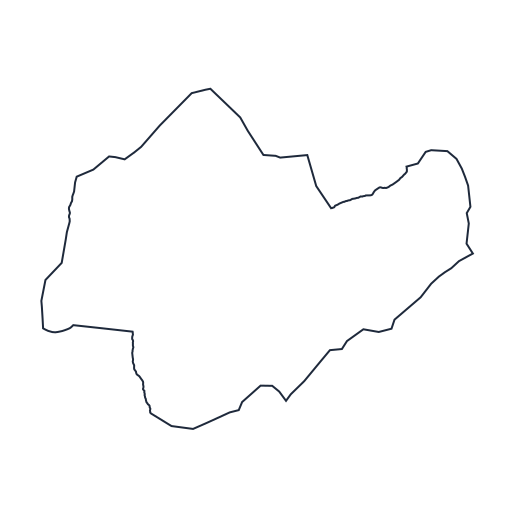 Manxan, Hovd, Mongolia, rotated 267°
{"feature_id": "93677404B19560479814297", "entity_name": "Manxan", "entity_type": "district", "adm_level": 2, "iso_a3": "MNG", "parent_name": "Mongolia", "parent_adm1": "Hovd", "projection": "mercator", "projection_center": [92.211, 47.361], "detail": "fine", "context": "isolated", "style": "outline", "palette": "slate", "viewbox_px": 512, "rotation_deg": 267, "n_neighbors": 0, "source": "geoboundaries", "source_scale": "gbopen_adm2", "svg_char_len": 3691}
<svg xmlns="http://www.w3.org/2000/svg" viewBox="0 0 512 512"><g transform="rotate(267 256 256)"><path d="M104.1,143.1L90.6,162.7L86.6,184.1L92.1,198.6L101.2,221.6L103.0,230.7L110.9,234.5L126.3,253.8L125.5,265.4L119.4,272.1L109.8,278.4L116.1,283.5L128.5,297.6L147.0,314.6L158.1,324.9L158.6,336.9L166.3,342.4L177.2,359.4L173.7,374.6L176.3,387.5L185.2,391.0L206.2,418.3L219.2,429.5L225.9,437.6L230.1,444.1L233.6,450.4L240.3,458.5L244.3,466.8L247.1,472.7L257.3,466.9L277.3,470.2L287.8,468.7L293.9,472.7L315.2,471.5L324.1,468.9L332.5,466.1L342.5,461.3L350.7,452.6L352.5,436.5L351.1,430.9L343.0,424.8L339.9,422.5L337.4,411.0L336.6,411.2L336.2,411.1L335.6,411.1L335.3,411.1L334.8,411.2L334.2,411.2L332.7,411.1L332.3,411.0L332.2,410.9L332.0,410.7L331.8,410.6L331.3,410.1L330.8,409.7L330.1,409.0L329.6,408.2L327.4,406.1L326.2,404.2L324.6,402.9L322.7,400.1L320.3,396.3L320.0,395.7L319.7,394.8L319.0,393.4L318.2,392.4L317.6,391.1L317.1,389.5L317.2,388.8L317.4,388.0L317.2,387.4L317.3,386.5L317.4,385.7L317.7,385.0L318.0,384.2L318.1,383.5L317.9,382.7L317.2,381.5L315.4,378.5L314.9,378.0L313.4,376.8L312.2,376.1L311.2,375.3L310.8,374.5L310.6,373.5L310.6,372.1L310.7,370.8L310.7,370.0L310.7,369.5L310.7,368.7L310.3,368.0L310.2,367.2L310.1,366.0L309.8,365.3L310.0,363.6L309.8,363.2L309.2,362.0L308.8,361.2L308.7,359.5L308.3,358.3L308.1,356.5L308.0,355.1L307.6,354.4L307.1,353.4L306.8,352.8L306.7,351.4L306.6,350.8L306.3,350.2L306.2,349.2L306.0,348.1L305.5,347.2L305.5,346.2L305.2,345.3L304.6,343.7L304.0,342.0L303.3,340.8L302.9,340.0L302.5,338.8L302.1,337.7L301.8,337.4L301.1,337.0L300.7,336.7L300.4,336.2L300.3,335.6L300.1,335.0L299.9,334.5L300.0,334.0L299.8,333.5L322.7,319.8L354.1,312.5L353.0,285.3L355.0,280.9L356.5,268.7L381.5,254.3L395.2,247.5L425.4,219.2L424.7,214.3L422.0,200.3L391.4,166.8L371.0,147.0L366.0,140.1L359.4,129.9L362.1,120.7L363.1,114.5L350.8,98.1L344.6,81.1L339.0,79.2L329.9,77.7L329.4,77.5L327.9,76.9L326.4,76.2L324.7,75.6L322.2,75.5L320.3,75.1L318.6,74.0L316.7,73.3L315.5,72.5L314.6,71.9L313.5,71.7L312.4,71.7L310.7,72.0L309.2,72.4L308.1,72.3L306.4,71.5L305.3,71.3L304.4,71.3L303.0,71.8L300.4,71.8L298.6,71.3L289.8,68.4L282.1,66.8L259.3,61.6L243.1,44.5L222.4,39.3L216.5,39.5L204.6,39.6L194.9,39.6L193.6,41.7L192.1,44.5L190.7,48.6L190.3,51.5L190.5,54.0L190.9,56.6L191.2,58.5L191.9,61.1L192.8,64.0L193.6,66.1L194.3,67.3L195.2,68.4L196.5,69.9L194.7,81.1L191.8,99.0L186.9,128.8L186.4,128.9L185.8,128.9L184.9,128.9L184.0,129.0L183.4,128.8L182.5,128.4L181.5,128.1L180.9,128.1L180.0,128.0L179.5,128.0L178.7,128.5L178.3,128.6L177.7,128.8L177.2,128.8L176.3,128.5L175.7,128.5L174.8,128.5L173.7,128.4L172.6,128.4L172.1,128.6L171.6,128.7L171.0,128.7L170.6,128.5L169.8,128.2L168.2,127.8L167.0,127.7L166.2,127.4L165.5,127.3L164.3,127.4L163.4,127.4L162.7,127.5L161.9,127.5L160.8,127.6L159.6,127.8L159.1,127.8L158.3,127.7L157.0,127.4L155.9,127.6L155.4,127.7L154.7,128.0L153.3,128.6L151.9,128.5L150.7,128.4L149.9,128.4L149.0,128.6L147.9,129.4L146.8,130.1L145.6,130.2L144.3,130.6L143.7,131.1L142.3,132.9L141.7,133.4L139.1,135.0L137.8,135.9L136.4,136.6L135.3,136.7L133.8,136.5L132.9,136.6L131.8,136.8L130.7,136.7L129.9,136.5L129.2,136.2L128.9,136.2L128.4,136.5L127.8,136.9L127.1,137.5L126.3,137.4L125.7,137.3L125.0,137.5L124.4,137.6L123.8,137.7L123.4,137.5L123.0,137.5L122.5,137.5L121.9,137.7L121.4,137.8L120.8,137.8L120.4,137.9L119.8,138.1L118.9,138.5L118.0,138.5L117.3,138.6L116.7,138.8L116.1,138.9L115.7,139.0L114.7,139.7L114.5,139.9L114.0,140.1L113.6,140.3L112.8,141.3L112.1,141.8L111.6,141.9L110.6,141.9L110.2,142.0L109.8,142.2L108.9,142.5L108.2,142.3L107.2,142.0L106.6,142.1L106.1,142.2L105.7,142.1L105.1,142.2L104.5,142.7L104.1,143.1Z" fill="none" stroke="#1e293b" stroke-width="2"/></g></svg>